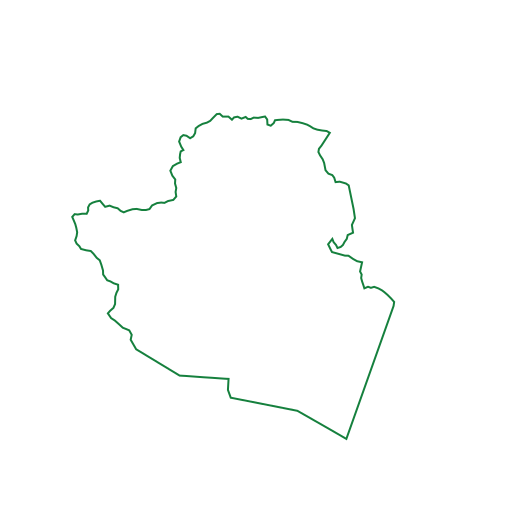 Caturama, Bahia, Brazil, rotated 303°
{"feature_id": "56859067B37674198334036", "entity_name": "Caturama", "entity_type": "district", "adm_level": 2, "iso_a3": "BRA", "parent_name": "Brazil", "parent_adm1": "Bahia", "projection": "albers", "projection_center": [-42.287, -13.232], "detail": "fine", "context": "isolated", "style": "outline", "palette": "green", "viewbox_px": 512, "rotation_deg": 303, "n_neighbors": 0, "source": "geoboundaries", "source_scale": "gbopen_adm2", "svg_char_len": 2547}
<svg xmlns="http://www.w3.org/2000/svg" viewBox="0 0 512 512"><g transform="rotate(303 256 256)"><path d="M399.5,250.8L399.3,247.2L397.2,243.0L395.3,238.5L394.3,234.5L394.3,230.7L394.0,227.3L392.8,222.8L391.0,217.7L388.4,213.5L387.8,209.1L385.1,204.3L382.1,200.3L380.2,198.0L377.2,198.5L373.3,197.4L372.5,194.0L376.6,191.0L377.9,187.6L375.8,185.4L373.0,182.6L370.8,178.7L368.0,177.0L366.5,174.4L367.0,171.6L363.3,169.0L362.8,164.7L360.3,162.1L357.2,161.6L357.9,157.0L354.8,152.2L355.5,148.1L353.6,145.8L348.3,144.7L344.4,144.0L341.1,142.2L337.7,139.2L333.8,137.1L330.2,135.9L325.9,138.0L322.2,138.2L318.9,136.6L319.0,132.2L317.8,129.2L314.6,128.1L310.1,129.2L307.0,133.7L305.3,137.4L302.7,135.9L300.0,136.9L296.7,138.6L293.7,141.8L290.6,139.6L286.1,137.3L280.9,137.7L277.8,142.1L276.2,146.6L272.7,148.6L269.6,152.1L265.9,153.7L262.5,156.7L258.0,156.1L254.2,152.3L250.7,150.3L249.2,147.4L246.5,144.2L241.8,141.3L237.3,141.1L234.7,138.7L232.4,135.2L230.5,130.3L228.0,127.0L223.7,123.4L220.6,121.3L220.1,117.9L220.7,114.0L219.3,110.0L218.5,105.8L215.1,102.7L216.2,98.9L217.4,95.1L214.7,92.3L211.6,89.8L208.7,88.4L205.3,88.7L202.8,90.5L199.2,91.0L196.7,87.1L193.7,83.9L192.3,81.1L188.7,80.6L186.7,83.6L184.3,87.1L181.8,89.9L178.5,93.1L175.0,94.7L170.6,95.8L168.7,98.8L168.0,102.5L166.6,105.4L168.3,110.5L170.2,114.7L169.4,118.4L167.7,123.4L167.3,127.3L164.4,131.1L160.5,135.6L157.2,137.9L156.1,140.8L154.6,144.4L155.4,147.8L155.6,151.5L156.8,156.0L153.0,158.6L149.2,159.0L145.2,160.1L138.9,164.0L134.8,164.7L130.7,163.5L127.2,163.0L125.0,168.3L125.0,172.7L124.3,177.4L123.3,183.4L124.0,186.8L124.6,190.2L122.2,194.7L117.5,196.5L112.5,206.3L114.1,257.1L117.3,262.7L125.7,278.0L130.1,285.8L133.9,292.7L136.4,297.2L138.0,299.9L128.4,305.4L123.4,312.0L148.7,375.0L149.8,394.0L151.3,421.0L151.8,431.4L289.0,398.6L292.7,396.9L293.9,392.7L295.0,387.6L295.6,383.3L295.8,380.3L295.5,376.4L294.5,371.9L291.9,369.7L291.2,366.7L287.9,364.5L289.8,362.2L292.4,358.9L294.8,356.2L298.0,354.7L299.7,351.7L308.5,348.4L306.7,343.6L306.4,339.0L306.6,333.4L304.7,330.3L303.8,327.4L300.7,317.6L302.2,314.9L305.1,310.1L311.9,310.7L309.9,313.5L308.8,317.2L307.1,320.0L309.7,322.1L312.6,322.9L316.1,322.6L319.8,322.8L323.5,321.5L328.4,324.7L331.3,322.1L334.3,319.5L337.8,319.0L341.6,318.4L348.6,312.2L365.7,295.3L365.8,292.0L364.8,288.6L363.9,285.7L361.3,282.5L364.3,278.9L365.4,275.9L364.5,271.9L365.8,267.6L368.9,264.6L371.1,262.5L373.4,259.3L375.3,254.9L377.2,251.7L380.2,250.4L384.2,250.8L393.8,250.8L399.5,250.8Z" fill="none" stroke="#15803d" stroke-width="2"/></g></svg>